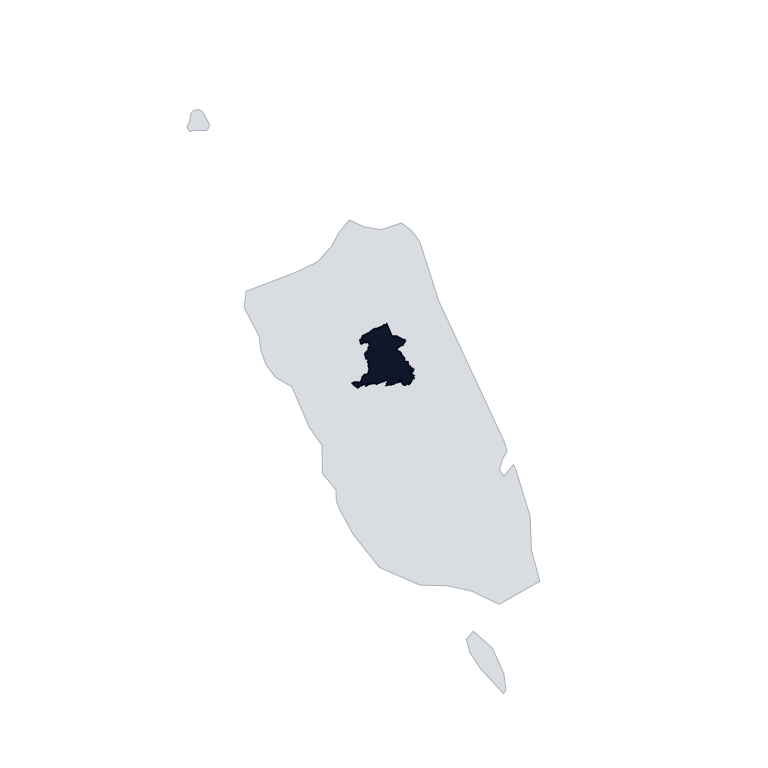 Utuado, Puerto Rico shown in context, rotated 63°
{"feature_id": "32010507B18801000784875", "entity_name": "Utuado", "entity_type": "district", "adm_level": 2, "iso_a3": "PRI", "parent_name": "Puerto Rico", "parent_adm1": "", "projection": "equal_earth", "projection_center": [-66.695, 18.25], "detail": "fine", "context": "in_parent", "style": "filled", "palette": "ink", "viewbox_px": 768, "rotation_deg": 63, "n_neighbors": 0, "source": "geoboundaries", "source_scale": "gbopen_adm2", "svg_char_len": 5975}
<svg xmlns="http://www.w3.org/2000/svg" viewBox="0 0 768 768"><g transform="rotate(63 384 384)"><path d="M505.5,313.4L513.2,320.1L520.7,319.1L514.6,305.4L520.2,305.4L568.0,313.8L598.8,328.0L630.5,334.7L632.6,381.4L608.2,400.1L592.3,419.6L579.4,443.5L545.3,471.4L504.1,479.7L476.8,480.5L466.5,479.6L456.6,474.8L435.9,479.4L410.3,467.1L388.4,470.2L344.9,467.3L328.6,477.8L313.0,480.3L297.7,478.3L284.7,473.5L252.4,473.9L238.8,464.7L244.5,411.5L245.0,387.5L237.1,367.6L228.4,355.1L222.2,340.4L234.8,330.6L245.2,316.5L248.5,295.2L259.9,290.0L273.3,287.5L334.8,297.5L490.7,303.1L499.5,304.8L505.5,313.4ZM681.5,427.3L661.9,429.3L649.1,426.6L644.8,416.7L668.5,407.3L696.3,408.7L712.1,414.3L714.1,418.0L681.5,427.3ZM70.0,442.7L67.7,443.0L65.3,442.6L64.3,441.7L62.7,438.6L55.6,433.6L53.9,429.0L55.5,424.1L58.4,422.2L72.9,421.6L74.4,422.1L77.2,425.5L77.3,427.8L75.9,430.2L73.3,436.0L72.3,437.5L71.4,439.0L71.1,441.7L70.0,442.7Z" fill="#d9dde1" stroke="#a8b0b8" stroke-width="1"/><path d="M386.2,352.6L385.6,352.5L385.0,352.1L384.9,351.5L384.3,351.5L384.2,351.0L383.8,351.4L383.2,351.4L382.6,351.7L381.9,352.5L380.8,352.7L380.0,352.6L379.9,353.1L379.3,353.6L378.9,353.6L378.2,353.8L377.5,353.1L377.3,353.3L376.6,353.5L375.8,353.1L375.5,352.5L374.9,352.6L374.6,352.9L374.4,353.9L374.0,354.4L373.6,354.7L372.6,355.1L372.4,355.4L372.0,354.7L371.3,354.5L370.7,354.2L370.1,353.8L369.3,354.1L368.2,354.8L367.6,354.6L367.3,355.1L367.2,355.0L366.7,354.9L366.1,355.3L365.8,355.3L365.5,354.8L365.1,354.9L364.1,354.6L363.4,355.1L362.3,355.1L361.8,355.6L361.4,356.4L360.8,356.5L360.4,356.9L360.2,356.8L359.1,356.9L358.7,356.8L358.6,356.2L358.2,355.5L358.0,354.3L357.7,354.1L357.7,353.6L357.8,352.9L357.6,352.0L357.4,351.4L357.4,350.9L357.9,350.3L358.1,349.8L357.9,349.4L357.2,348.7L355.4,345.4L355.1,345.8L354.4,346.0L354.0,345.4L353.5,345.9L353.2,346.7L352.7,347.2L352.1,347.4L351.5,348.0L349.9,348.9L349.4,349.5L349.0,349.6L348.7,349.7L348.3,350.4L347.8,350.7L347.5,350.6L347.4,351.3L346.7,351.3L346.5,352.1L346.5,352.8L346.2,352.6L345.9,353.3L345.5,353.7L345.4,355.1L341.8,354.9L339.5,354.7L339.3,354.7L331.6,354.2L331.8,354.6L331.8,355.3L332.2,355.9L331.2,357.1L331.3,357.4L331.3,358.0L332.0,358.5L331.7,358.9L331.8,360.3L332.1,360.9L331.5,361.3L331.4,361.9L331.6,362.6L331.4,363.5L331.8,363.5L331.8,363.8L331.6,364.1L331.4,364.8L331.5,365.1L331.2,365.6L330.9,365.8L330.6,366.3L330.6,366.9L330.2,367.0L330.8,367.1L330.6,367.7L330.9,367.8L330.6,368.4L330.3,368.6L330.5,369.0L330.4,369.5L331.2,369.5L331.3,370.0L331.1,370.1L331.3,371.2L330.9,371.8L330.9,372.4L331.7,373.2L331.5,374.0L331.8,374.5L331.6,374.7L331.2,375.4L331.5,376.5L331.5,377.2L331.7,377.6L331.4,377.8L331.4,378.6L331.5,379.1L331.3,379.6L331.2,380.8L331.6,380.7L332.0,381.1L332.0,381.5L332.2,381.9L332.2,382.3L333.0,383.2L333.7,383.7L333.8,384.0L333.7,385.4L334.4,385.4L334.7,385.8L335.3,385.9L335.6,385.7L336.0,386.1L336.3,386.1L337.2,386.4L337.9,386.3L338.3,385.5L338.0,384.2L338.0,383.7L338.2,383.1L338.0,382.9L338.2,382.1L337.9,382.1L337.9,381.4L338.3,380.9L338.9,381.0L339.0,381.3L339.3,381.1L339.2,380.2L339.5,379.9L339.4,378.9L340.8,378.9L341.4,379.3L341.8,379.3L342.4,378.7L342.6,378.7L343.7,379.8L343.6,380.1L344.0,381.2L344.4,381.4L344.6,381.8L345.6,381.7L346.1,382.5L346.8,383.0L347.0,384.0L347.3,384.5L347.6,384.7L347.6,385.1L347.3,385.2L347.8,385.7L348.0,386.3L347.9,386.9L348.4,387.2L348.9,387.2L349.1,387.8L349.6,387.6L350.2,387.6L351.0,388.2L351.6,388.2L352.2,388.1L352.7,388.4L353.2,388.7L354.0,387.5L355.0,387.0L355.5,387.1L356.3,387.8L356.8,388.6L357.3,388.5L358.0,388.2L358.4,388.7L359.0,388.5L359.2,388.8L359.6,388.9L360.2,389.5L360.5,389.4L361.1,390.0L362.7,389.9L363.0,390.2L363.9,390.5L364.6,389.9L364.9,390.3L365.1,391.6L365.9,392.1L366.2,392.2L366.4,392.5L367.7,394.2L367.7,394.4L367.7,394.8L367.7,395.5L367.3,396.1L366.7,396.6L366.8,397.6L367.5,399.0L367.6,399.6L367.9,400.3L368.4,400.5L369.0,401.3L369.8,401.7L370.0,402.2L370.4,402.4L371.1,403.7L371.3,403.6L371.8,403.8L371.8,404.8L371.2,405.4L371.1,406.3L370.6,406.6L370.3,406.5L370.1,406.8L370.5,407.1L370.4,407.8L369.7,408.2L368.8,409.0L368.7,410.0L369.0,410.4L369.1,411.1L368.8,411.3L368.8,412.1L369.1,412.1L370.0,411.3L370.4,411.4L370.6,411.6L372.0,411.2L372.3,410.6L372.9,410.1L373.8,410.2L374.4,409.5L374.7,409.3L375.4,409.5L375.6,409.4L375.4,408.8L375.6,408.0L375.3,407.7L375.1,406.9L375.1,405.8L374.4,405.8L374.7,405.4L375.1,404.5L375.4,404.4L375.4,403.7L375.1,402.6L374.9,401.5L376.1,401.1L377.5,401.2L377.7,400.3L377.7,399.6L377.4,399.1L377.5,398.0L377.1,397.4L377.3,396.9L377.8,396.6L378.1,395.5L378.0,395.3L378.4,394.6L378.1,393.3L378.3,393.1L378.8,393.1L379.5,391.9L380.1,391.1L380.4,390.8L380.9,390.8L380.9,390.3L380.6,388.7L381.0,387.9L380.9,387.2L381.3,385.5L380.5,384.5L380.5,384.0L380.6,383.9L380.8,383.5L381.4,384.4L381.6,383.7L381.8,379.9L382.4,379.3L383.1,379.0L383.4,379.2L383.7,379.8L384.0,379.7L384.3,380.9L384.7,381.0L384.8,381.6L385.2,381.6L386.0,382.1L386.3,382.7L386.8,381.2L387.0,380.1L386.8,379.8L387.2,379.3L387.5,378.3L388.1,378.2L388.2,377.5L387.9,377.1L388.2,375.9L388.7,375.3L388.5,375.0L388.1,374.6L387.7,374.0L387.7,373.9L388.2,373.4L388.3,372.5L388.5,372.1L388.9,371.9L388.9,371.1L388.8,370.6L389.2,369.8L389.0,369.2L388.5,369.0L388.7,368.4L389.0,368.3L389.0,367.9L388.3,368.1L388.6,367.8L388.6,367.4L388.8,367.3L389.1,367.7L389.2,367.2L389.5,367.7L389.8,367.5L390.0,367.8L390.4,367.4L390.5,367.6L391.2,367.4L392.0,367.4L392.4,367.3L392.9,367.2L393.3,367.4L394.0,366.6L394.4,365.9L394.3,365.0L394.7,365.1L394.6,363.8L394.4,363.4L394.7,362.3L394.7,361.9L395.6,362.0L396.3,362.5L395.7,361.5L395.4,361.4L395.2,360.7L395.3,360.3L394.8,360.0L394.7,359.1L394.0,358.7L394.0,358.3L393.8,358.2L393.5,357.4L392.7,357.4L392.2,356.5L392.6,356.1L392.7,355.2L392.2,355.5L391.7,354.4L391.4,354.6L390.3,354.1L390.1,353.5L389.9,353.8L389.5,353.8L389.3,354.2L388.5,354.3L387.9,354.7L387.3,354.5L386.9,354.9L386.7,354.6L386.3,354.5L386.0,354.1L385.2,354.5L386.2,352.6Z" fill="#0f172a" stroke="#020617" stroke-width="1.5"/></g></svg>